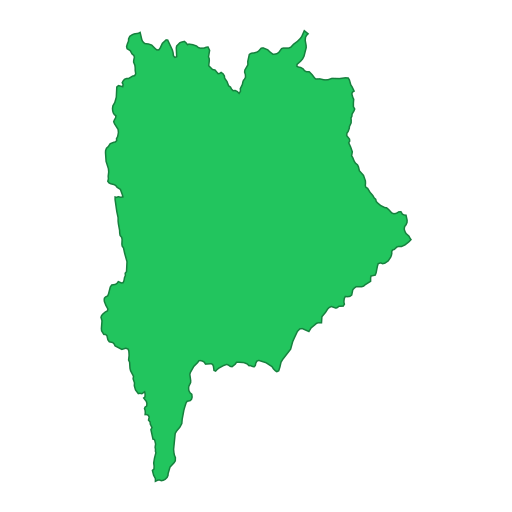 outline of Rio Pardo de Minas, Minas Gerais, Brazil
{"feature_id": "56859067B77231860694745", "entity_name": "Rio Pardo de Minas", "entity_type": "district", "adm_level": 2, "iso_a3": "BRA", "parent_name": "Brazil", "parent_adm1": "Minas Gerais", "projection": "natural_earth1", "projection_center": [-42.565, -15.774], "detail": "fine", "context": "isolated", "style": "filled", "palette": "green", "viewbox_px": 512, "rotation_deg": 0, "n_neighbors": 0, "source": "geoboundaries", "source_scale": "gbopen_adm2", "svg_char_len": 5963}
<svg xmlns="http://www.w3.org/2000/svg" viewBox="0 0 512 512"><path d="M249.0,365.7L250.5,365.6L252.3,366.4L254.1,366.8L255.3,365.5L255.8,363.1L256.9,361.1L258.8,360.4L266.0,362.7L272.0,366.6L273.4,368.8L275.4,370.8L276.8,371.7L278.7,370.8L279.9,367.0L281.0,362.2L282.7,359.4L290.6,349.2L292.7,341.6L294.2,338.2L297.4,331.4L299.8,328.9L302.3,328.6L308.9,331.5L311.1,327.9L316.6,323.3L318.1,322.8L321.5,322.8L321.9,316.7L325.5,312.4L327.8,308.8L329.2,307.5L331.3,306.5L335.9,308.1L337.5,307.5L338.8,306.3L343.2,306.1L344.4,304.2L343.9,302.2L344.0,300.5L344.3,298.4L345.3,296.5L347.4,296.7L349.8,296.4L351.7,295.0L352.8,289.7L354.5,287.9L356.2,286.7L361.8,286.7L363.6,286.1L365.2,284.7L370.6,281.3L370.6,277.9L371.0,276.0L375.2,275.1L376.1,272.8L377.4,266.2L378.2,263.6L380.7,262.9L382.6,263.7L384.8,263.2L388.2,260.9L390.7,257.1L391.4,255.3L391.8,253.4L391.7,251.6L392.5,250.0L394.3,249.4L396.9,247.0L398.3,246.5L401.5,246.5L405.0,244.9L408.9,241.8L411.0,239.6L410.0,238.2L408.9,236.1L406.0,233.5L404.9,231.4L404.2,229.1L404.6,226.6L406.0,224.8L407.0,222.5L407.1,220.2L406.0,215.2L404.4,215.1L402.4,214.2L400.9,211.7L398.7,211.9L397.0,213.0L395.3,213.6L393.6,213.7L391.7,212.9L388.6,209.5L386.6,207.8L384.8,207.6L380.6,205.5L377.3,202.7L376.2,201.4L375.7,199.3L374.2,198.0L372.8,195.5L370.0,192.3L367.6,188.3L365.8,187.3L365.3,185.4L365.5,183.3L365.4,180.9L363.5,175.4L359.4,170.8L358.4,166.7L357.5,164.9L355.4,163.1L354.2,161.2L352.6,157.3L351.6,155.9L352.3,151.8L350.7,147.2L348.7,142.8L349.7,141.1L349.5,139.2L346.7,135.6L346.9,133.2L348.1,131.5L349.3,128.3L349.4,126.6L351.1,122.9L351.2,120.4L351.0,117.9L351.8,116.5L352.1,114.0L353.9,111.0L354.7,109.0L353.4,106.7L353.4,102.9L353.7,99.3L352.8,97.4L351.8,93.8L352.5,92.1L354.1,91.1L352.1,86.9L350.8,84.9L349.4,80.0L348.2,78.0L345.5,77.8L339.3,78.6L331.9,78.4L328.2,79.7L325.7,79.9L323.9,79.8L319.9,78.9L315.8,79.0L314.6,78.0L312.2,74.8L309.3,71.8L306.3,71.7L304.5,70.7L303.1,68.9L300.7,67.5L298.5,67.1L296.9,66.3L297.0,64.4L300.7,61.1L302.6,58.9L304.0,56.2L306.2,47.6L306.1,45.4L305.2,40.4L305.5,37.3L306.5,35.4L308.1,33.8L304.3,30.7L301.7,36.6L300.2,38.6L297.4,41.4L293.6,44.2L290.8,47.2L288.7,48.1L283.2,48.1L281.6,48.6L278.9,52.3L277.1,53.6L275.1,54.1L273.0,54.3L270.0,52.0L267.7,49.8L263.1,47.9L261.2,48.2L258.6,51.1L257.0,52.1L253.8,53.0L252.0,53.1L250.5,53.6L249.3,54.5L247.8,61.3L247.9,64.8L244.9,70.0L244.6,72.1L245.4,74.6L245.5,77.3L244.5,79.2L243.5,80.3L242.9,81.9L242.4,84.4L240.3,88.7L240.5,91.2L239.1,93.4L237.2,91.5L235.1,90.5L233.1,90.7L231.5,89.1L230.5,87.1L228.6,85.8L227.0,81.6L224.6,78.1L224.4,76.0L223.1,73.9L221.1,72.4L219.8,73.4L218.1,73.7L215.0,70.0L212.5,69.5L208.7,65.7L209.3,60.8L209.2,58.7L208.5,56.8L209.6,50.4L208.0,47.0L206.0,47.3L204.1,48.1L200.5,48.2L198.4,47.6L196.5,46.0L192.8,44.7L188.9,44.1L187.5,44.7L186.2,43.0L184.4,41.4L181.2,42.2L179.8,42.8L176.7,46.0L176.3,47.9L176.7,56.7L174.8,57.4L173.4,55.7L173.1,52.9L172.4,50.1L167.7,40.1L166.1,39.9L162.4,43.3L160.1,48.2L158.8,49.9L156.8,49.9L155.3,48.7L151.7,45.1L148.5,44.0L144.9,43.6L143.6,42.5L142.5,41.2L141.8,39.6L140.1,32.4L138.4,33.3L134.3,33.9L132.3,34.7L129.8,36.3L128.6,38.8L128.5,41.1L127.3,44.1L126.6,46.6L127.1,48.7L130.2,50.6L132.1,54.0L133.8,55.4L134.4,57.1L133.7,60.4L133.6,62.1L134.9,65.3L135.2,67.9L135.2,70.3L135.7,73.8L134.6,75.7L132.6,76.1L128.6,78.5L126.6,78.5L124.5,79.3L123.1,81.0L122.2,82.8L123.1,84.3L122.7,86.7L118.5,85.6L116.8,87.0L116.3,97.2L114.8,102.5L112.9,105.8L112.5,108.5L112.7,110.8L113.3,112.9L114.4,114.7L115.9,115.7L115.6,117.9L114.5,119.7L113.7,121.7L114.6,123.9L118.1,129.4L118.4,132.5L118.1,134.3L117.6,136.7L116.5,138.6L116.7,140.6L115.3,142.0L113.7,142.3L110.2,143.7L108.3,146.6L106.5,148.2L105.6,150.6L105.5,152.7L106.1,161.4L108.4,168.6L108.7,172.0L108.2,176.2L108.4,178.9L107.8,181.3L109.0,182.9L110.6,183.7L114.4,184.7L115.9,185.7L117.1,187.3L120.4,189.4L122.3,194.6L122.9,196.9L120.8,197.3L118.3,196.7L116.5,197.4L115.1,197.0L115.1,199.7L116.8,211.6L118.1,217.7L118.1,221.1L118.4,223.8L119.6,230.4L119.7,233.0L120.1,235.4L121.7,237.4L122.1,239.6L121.9,244.1L122.2,246.1L123.5,247.9L124.6,253.1L127.0,261.7L126.5,271.7L125.2,273.2L125.4,275.6L124.5,277.6L124.0,280.6L123.1,282.7L121.5,283.0L118.3,281.6L117.1,283.3L115.4,284.4L111.7,285.0L110.3,287.0L108.6,293.6L107.7,295.9L105.5,297.0L104.4,298.2L104.2,299.9L104.4,301.6L105.9,305.4L107.9,309.0L107.4,310.9L105.3,312.0L102.8,314.1L101.6,315.6L101.0,317.3L102.0,320.8L101.4,328.5L101.6,330.8L103.8,334.4L105.6,334.5L106.9,335.6L107.9,339.8L109.3,341.8L112.6,342.5L114.0,343.7L115.1,345.9L121.8,349.4L125.8,348.2L128.0,349.0L128.8,350.9L129.0,353.1L129.1,355.6L128.6,360.0L129.6,362.2L130.0,368.4L130.6,370.8L133.5,376.3L133.1,378.8L134.5,382.8L134.3,385.7L135.5,389.9L138.3,393.6L140.0,393.3L141.9,393.7L144.6,391.8L145.1,394.0L145.0,396.9L143.7,398.0L146.4,401.5L146.9,403.6L146.7,406.0L145.1,407.1L144.5,408.6L145.1,410.3L145.3,412.5L145.1,414.6L146.7,414.6L148.1,415.2L149.2,417.0L148.5,420.1L150.1,422.0L150.3,424.2L152.0,427.6L150.9,429.6L153.0,439.2L154.4,439.5L155.0,441.3L155.6,444.1L155.1,447.3L155.5,449.2L155.4,451.2L155.9,452.7L154.5,458.1L153.7,463.0L154.1,466.1L154.0,469.0L152.4,470.4L153.6,475.2L155.4,478.6L155.4,481.3L157.9,480.1L159.6,480.0L161.3,480.7L163.2,480.3L165.2,479.3L167.1,477.4L168.0,475.4L168.1,473.6L170.0,467.1L174.1,462.7L175.3,460.8L175.4,457.6L174.4,455.2L173.9,452.6L173.6,449.3L175.2,433.4L176.7,430.9L179.9,427.1L181.8,423.5L182.2,419.1L183.9,410.0L184.6,407.5L186.1,402.8L187.1,401.3L190.2,400.6L191.5,399.3L192.1,397.1L191.8,394.3L190.0,392.8L188.8,390.4L188.6,387.8L188.9,386.1L190.6,382.6L190.7,380.7L189.8,374.3L190.4,372.4L193.8,366.4L197.7,362.5L198.9,360.7L200.7,360.6L202.5,361.1L204.2,362.1L205.5,364.1L211.3,363.7L212.7,364.6L213.4,366.2L214.0,370.4L215.6,371.1L217.2,369.4L219.0,368.0L223.4,365.6L226.7,364.4L228.5,365.1L230.3,366.4L232.1,366.7L235.3,364.1L236.5,362.3L238.5,362.2L243.9,362.6L247.3,364.0L249.0,365.7Z" fill="#22c55e" stroke="#15803d" stroke-width="1.5"/></svg>